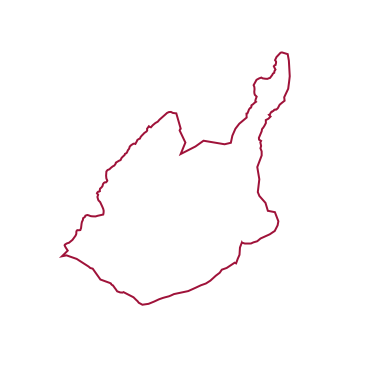 Shani, Borno, Nigeria (Albers equal-area conic projection), rotated 335°
{"feature_id": "59680162B31817043180897", "entity_name": "Shani", "entity_type": "district", "adm_level": 2, "iso_a3": "NGA", "parent_name": "Nigeria", "parent_adm1": "Borno", "projection": "albers", "projection_center": [11.982, 10.196], "detail": "fine", "context": "isolated", "style": "outline", "palette": "rose", "viewbox_px": 384, "rotation_deg": 335, "n_neighbors": 0, "source": "geoboundaries", "source_scale": "gbopen_adm2", "svg_char_len": 3719}
<svg xmlns="http://www.w3.org/2000/svg" viewBox="0 0 384 384"><g transform="rotate(335 192 192)"><path d="M211.0,114.1L208.1,112.3L206.7,110.5L204.8,109.8L202.8,109.8L200.2,110.6L195.8,111.9L193.1,112.7L190.7,113.8L188.0,114.0L184.6,114.9L182.1,116.0L181.2,115.2L180.7,114.2L178.0,115.7L177.4,117.3L176.4,117.9L173.6,118.4L172.7,118.8L170.0,119.8L168.6,120.5L167.3,121.6L166.3,121.5L164.6,121.7L163.3,122.8L161.0,124.5L160.4,123.9L159.3,123.5L156.8,123.8L154.8,124.5L153.3,126.2L151.5,127.1L150.2,128.3L149.0,129.1L147.4,129.1L146.5,130.0L144.0,130.8L142.5,131.4L140.7,132.9L139.4,132.8L135.4,133.2L135.0,133.9L132.8,135.2L130.9,135.3L128.8,135.8L126.8,136.5L124.8,136.4L123.1,137.2L121.0,141.0L120.1,143.6L120.1,145.2L120.0,146.0L119.2,146.5L118.0,146.9L117.1,146.4L116.0,146.5L114.7,147.2L113.4,148.8L111.9,149.6L110.1,150.1L109.1,151.5L108.9,152.3L108.2,152.4L107.1,152.1L106.1,152.4L105.3,153.0L105.8,154.8L104.2,156.5L103.8,158.7L103.7,160.1L104.5,162.3L104.5,164.3L104.5,167.2L104.4,169.8L104.0,171.7L103.0,173.6L102.0,174.9L96.5,173.7L94.3,173.4L92.7,172.6L91.0,171.7L89.8,170.9L88.5,169.5L87.4,168.6L85.4,168.4L84.2,169.4L82.3,169.7L81.2,171.3L79.6,172.6L78.5,174.1L77.5,175.7L76.2,177.8L74.7,179.3L73.4,178.9L71.9,178.1L70.7,178.7L70.0,179.9L69.5,181.0L68.1,182.3L66.3,183.3L63.4,184.9L59.1,186.0L56.8,185.7L54.5,186.0L54.0,186.5L54.0,187.9L54.1,189.1L54.6,192.6L51.0,193.9L47.0,195.3L51.5,196.4L59.2,203.9L66.8,215.9L67.7,217.9L69.6,219.5L72.0,232.6L79.1,239.7L79.9,240.8L79.8,241.4L80.1,242.2L81.0,243.5L81.0,244.1L81.3,245.3L81.4,246.1L81.8,247.9L82.2,250.4L84.5,252.7L86.5,253.8L87.6,253.8L90.7,257.8L94.5,262.7L95.6,265.7L96.0,266.7L96.6,268.2L96.9,269.8L99.4,273.2L105.4,275.0L111.4,275.3L115.1,275.3L116.8,275.3L120.8,275.7L122.7,276.0L127.1,276.8L127.4,276.8L129.3,276.9L132.5,276.9L140.2,278.7L146.7,280.2L154.3,280.3L157.8,280.3L160.7,280.3L165.9,280.8L167.5,280.6L171.2,280.1L178.3,277.9L183.0,276.9L186.2,275.0L191.3,275.5L200.8,274.1L201.8,275.3L205.2,271.9L208.5,269.0L212.0,262.6L215.8,258.9L215.8,259.0L218.2,261.1L223.7,263.6L223.8,263.6L226.5,263.6L226.9,263.7L230.3,264.2L234.5,263.1L244.6,263.2L248.4,262.6L250.5,262.3L255.5,258.4L257.9,255.0L258.3,249.5L258.6,245.3L252.8,241.1L254.0,232.9L251.4,224.1L251.6,219.9L258.4,208.9L261.7,197.0L270.6,188.3L272.3,184.6L272.5,181.3L274.1,179.5L274.9,175.9L276.2,174.9L274.9,172.9L275.5,171.2L276.6,170.2L280.8,166.4L281.9,164.8L282.7,164.2L283.6,163.9L285.9,162.4L288.1,160.7L289.3,158.0L292.2,157.9L295.1,156.8L294.4,154.6L295.4,154.6L296.5,153.7L297.4,153.1L298.2,152.9L298.6,153.1L299.0,152.8L299.3,152.9L300.1,152.9L301.0,152.4L301.3,152.3L301.6,152.4L301.9,152.5L302.2,152.4L302.6,152.7L303.0,152.7L303.2,152.9L303.7,152.8L304.3,152.6L304.9,152.4L305.7,152.0L306.5,151.3L308.4,149.9L311.5,149.1L314.5,148.4L315.6,145.1L322.8,139.1L326.8,132.8L329.5,128.4L335.3,113.9L337.0,107.5L332.5,103.5L331.1,103.2L325.6,105.4L323.0,107.6L323.3,109.3L322.8,110.4L321.4,112.2L320.4,112.1L319.3,112.6L319.3,115.0L319.4,116.3L317.8,117.3L316.9,118.7L315.4,118.9L314.1,119.9L312.2,120.9L310.9,121.6L309.8,121.4L308.1,121.3L306.1,120.2L304.0,118.8L303.2,117.6L302.1,117.5L300.8,117.4L297.9,117.6L294.1,120.4L293.0,121.2L292.9,123.1L292.5,124.3L292.0,125.5L290.9,127.3L290.3,128.8L290.0,130.4L290.9,132.9L289.3,134.5L288.3,135.6L287.8,136.5L288.1,137.3L286.0,137.7L284.9,138.1L283.7,138.4L282.7,138.5L282.2,139.0L282.1,139.3L281.9,139.8L281.4,140.1L280.9,140.5L280.0,140.5L278.5,141.3L277.0,142.8L275.4,144.2L274.5,144.0L273.0,147.6L263.7,150.1L258.1,153.0L252.4,158.0L248.0,163.8L241.7,162.5L224.1,150.4L214.4,152.2L197.8,152.8L206.9,144.4L206.8,131.0L207.7,130.1L208.4,130.0L208.5,129.9L211.0,114.1Z" fill="none" stroke="#9f1239" stroke-width="2"/></g></svg>